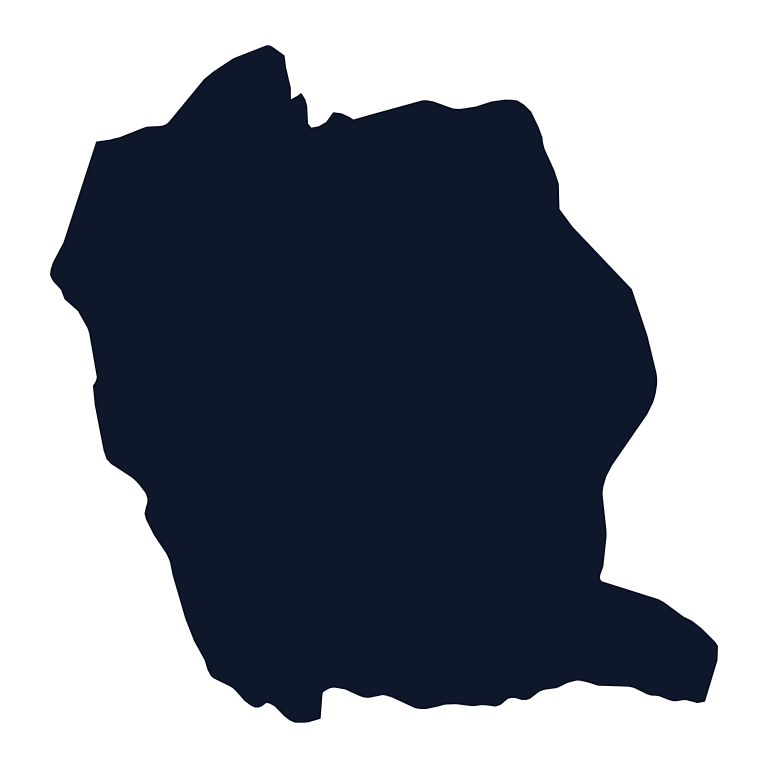 SVG path tracing the border of Phichit
{"feature_id": "THA-401", "entity_name": "Phichit", "entity_type": "Province", "adm_level": 1, "iso_a3": "THA", "parent_name": "Thailand", "parent_adm1": "", "projection": "natural_earth1", "projection_center": [100.371, 16.251], "detail": "fine", "context": "isolated", "style": "filled", "palette": "ink", "viewbox_px": 768, "rotation_deg": 0, "n_neighbors": 0, "source": "natural_earth", "source_scale": "10m", "svg_char_len": 2536}
<svg xmlns="http://www.w3.org/2000/svg" viewBox="0 0 768 768"><path d="M269.2,46.1L272.1,47.5L283.9,56.0L285.2,67.1L290.1,88.1L290.1,100.7L298.0,96.4L301.0,94.0L304.6,99.7L306.4,106.1L307.3,124.0L310.9,128.5L318.8,127.1L326.7,122.6L333.6,113.0L341.3,114.1L349.1,117.6L353.2,120.4L372.1,115.0L422.6,101.1L426.1,101.0L433.1,102.2L453.0,109.3L457.7,109.7L461.1,109.6L475.6,107.4L491.5,102.3L504.8,100.4L512.5,100.6L517.2,101.3L523.7,105.4L530.6,112.2L538.0,127.6L541.8,138.1L541.8,139.1L542.4,143.7L544.0,149.5L553.6,170.6L558.0,183.9L558.7,209.3L572.1,227.4L631.2,289.6L646.6,335.5L655.8,373.4L656.4,378.5L656.4,383.9L655.1,392.6L653.8,397.8L652.4,402.0L646.8,413.6L611.3,465.1L605.5,476.4L602.6,486.3L601.9,491.6L601.9,495.6L605.7,530.5L605.8,536.5L602.6,566.0L599.2,575.9L599.2,578.9L601.2,581.9L658.3,600.0L663.6,602.9L683.2,617.3L691.7,621.5L701.0,628.8L714.6,642.3L717.2,646.3L716.7,660.3L704.4,700.9L697.5,702.3L686.2,699.3L682.8,699.4L676.1,700.5L672.7,700.3L669.1,699.3L659.7,695.6L655.6,694.9L651.7,694.9L647.4,693.6L634.1,687.1L628.7,685.9L598.0,684.9L587.5,681.5L579.7,679.9L576.3,679.8L567.0,682.2L558.8,686.4L555.9,687.4L545.0,688.9L542.1,689.7L539.4,690.8L537.4,692.1L529.6,698.1L526.5,699.1L522.0,699.2L515.3,697.2L511.1,697.2L507.5,698.1L500.6,703.9L497.9,705.0L495.1,705.8L487.8,704.7L481.4,704.3L474.7,705.3L470.4,705.2L456.1,703.4L445.4,703.8L442.0,704.5L439.0,705.5L426.3,708.2L422.5,708.3L418.6,708.0L415.1,707.3L392.3,696.7L385.8,694.7L382.3,694.3L369.3,697.0L366.1,697.0L363.0,696.4L360.4,695.5L345.2,688.6L335.3,686.9L332.8,686.9L330.5,687.3L327.7,688.4L322.4,691.6L321.7,694.2L319.9,718.1L308.8,721.4L305.3,721.9L295.0,721.9L290.1,719.7L284.8,715.7L275.0,705.6L269.6,702.7L265.9,702.1L263.5,704.1L261.0,705.8L258.3,706.8L254.8,706.7L250.9,704.7L245.1,700.3L235.9,690.0L233.3,687.6L230.7,685.9L213.5,677.4L211.2,675.0L208.3,669.6L205.3,659.8L194.8,640.8L186.1,618.7L173.4,575.1L170.7,561.8L169.0,557.4L166.6,552.6L154.3,534.2L146.8,519.3L145.3,513.7L146.6,507.4L148.0,503.1L148.2,498.4L146.3,492.8L139.5,483.9L135.5,479.6L131.7,476.5L111.5,463.3L107.2,458.7L104.3,450.1L95.5,404.8L93.7,385.8L95.6,383.1L96.8,380.5L97.6,377.3L89.9,332.8L88.1,327.6L78.5,310.5L65.1,298.7L61.9,289.9L57.8,285.1L55.8,283.2L53.8,280.8L52.1,277.9L50.8,274.6L51.5,269.3L53.7,262.6L64.1,243.0L96.8,142.3L111.1,140.2L114.2,139.2L118.9,138.3L145.4,127.9L148.7,127.3L159.9,126.8L163.2,126.2L166.0,125.2L167.9,123.8L169.6,122.2L204.6,79.7L214.1,71.9L233.9,58.9L266.6,46.1L269.2,46.1Z" fill="#0f172a" stroke="#020617" stroke-width="1.5"/></svg>